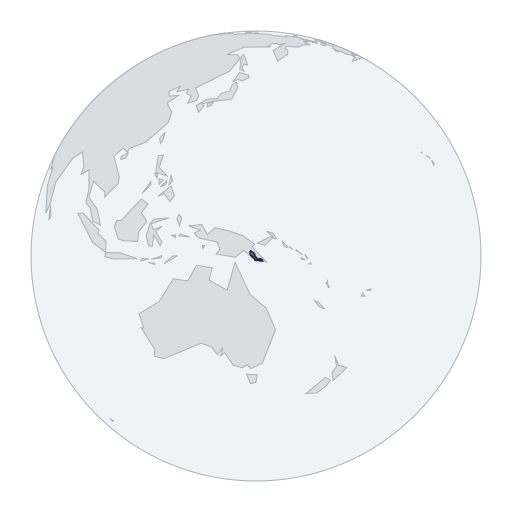 Central on an orthographic globe
{"feature_id": "PNG-1249", "entity_name": "Central", "entity_type": "Province", "adm_level": 1, "iso_a3": "PNG", "parent_name": "Papua New Guinea", "parent_adm1": "", "projection": "orthographic", "projection_center": [147.941, -9.068], "detail": "fine", "context": "on_globe", "style": "filled", "palette": "slate", "viewbox_px": 512, "rotation_deg": 0, "n_neighbors": 0, "source": "natural_earth", "source_scale": "10m", "svg_char_len": 7814}
<svg xmlns="http://www.w3.org/2000/svg" viewBox="0 0 512 512"><circle cx="256" cy="256" r="225" fill="#eef3f6" stroke="#a8b0b8"/><path d="M370.9,288.7L370.9,290.4L370.6,290.5L370.9,288.7ZM367.8,60.4L355.3,54.3L356.4,56.0L351.1,52.7L357.4,59.8L352.3,61.1L354.2,57.1L351.3,55.0L345.8,54.1L341.7,51.8L336.7,50.4L332.3,48.0L333.7,46.6L330.9,45.3L327.2,44.9L320.4,42.8L326.3,43.4L315.0,40.0L315.3,38.8L321.9,40.6L337.7,46.1L353.0,52.7L367.8,60.4ZM433.4,165.3L431.6,160.4L434.6,163.6L433.4,165.3ZM429.2,157.4L430.1,159.1L429.1,157.7L429.2,157.4ZM427.6,156.4L428.8,157.2L427.6,156.8L427.6,156.4ZM425.6,155.7L426.6,155.9L426.6,156.0L425.6,155.7ZM422.1,153.1L421.1,152.3L421.9,152.0L422.1,153.1ZM358.1,58.2L360.5,58.6L359.5,59.1L358.1,58.2ZM336.8,50.6L337.4,51.4L334.6,50.4L336.8,50.6ZM325.2,45.9L320.4,44.5L325.5,45.7L325.2,45.9ZM317.8,43.5L306.2,40.6L306.6,41.7L298.9,37.6L311.3,41.0L317.6,42.1L315.6,42.3L317.8,43.5ZM296.6,36.1L294.0,35.5L297.0,35.9L296.6,36.1ZM223.0,33.2L225.4,33.1L217.7,34.4L233.2,33.2L234.8,34.7L237.0,34.0L246.0,33.9L245.6,33.3L247.4,33.0L270.2,34.4L273.8,35.6L286.2,36.7L287.4,36.6L285.4,35.7L298.9,37.6L306.6,41.7L303.5,41.8L310.4,44.9L302.5,45.0L299.1,47.1L286.4,46.4L284.8,48.7L287.7,49.8L287.8,54.3L277.8,61.0L273.1,50.6L285.5,42.9L279.4,45.2L277.0,43.5L272.4,43.8L268.4,46.0L270.3,47.0L244.4,47.1L227.1,54.4L237.6,55.0L240.2,58.5L229.7,71.0L195.6,88.1L198.8,95.8L196.4,100.6L188.0,103.1L191.2,96.0L186.1,93.0L189.2,89.1L176.7,91.7L180.6,86.2L169.0,91.5L169.2,96.1L178.8,95.3L167.0,103.2L171.9,112.0L168.2,122.7L145.8,142.1L129.3,148.5L127.4,152.3L123.1,148.2L114.0,156.0L119.3,177.4L117.9,183.9L104.7,197.0L105.0,192.0L93.5,181.2L88.9,197.2L97.5,209.6L100.4,225.3L92.6,220.9L90.0,207.3L86.0,203.0L88.9,189.1L89.0,169.7L81.4,174.4L83.7,166.5L82.7,151.9L72.7,158.4L55.7,182.1L50.4,203.0L45.8,213.4L47.4,185.5L53.0,166.6L50.5,169.5L54.7,155.8L53.5,157.3L61.4,142.5L70.4,128.3L80.5,114.8L91.5,102.1L103.4,90.3L116.2,79.4L129.8,69.4L144.0,60.5L158.9,52.7L174.3,46.0L190.2,40.5L206.5,36.2L223.0,33.2ZM109.8,418.5L113.7,420.8L113.1,421.6L109.8,418.5ZM148.4,262.3L154.7,263.4L154.6,264.5L148.4,262.3ZM141.7,258.6L148.7,258.9L140.7,260.9L141.7,258.6ZM151.4,259.1L158.5,257.1L161.6,255.5L161.2,257.7L151.4,259.1ZM137.1,258.7L113.5,259.0L104.7,256.6L106.4,252.6L120.7,252.9L137.1,258.7ZM105.7,252.5L92.7,242.5L77.7,213.3L83.0,213.1L99.2,230.1L98.1,233.4L106.0,241.5L105.7,252.5ZM138.7,231.5L137.6,241.5L124.2,240.8L118.4,239.3L114.3,226.8L116.5,220.4L121.2,220.4L141.5,198.9L148.1,204.0L141.4,212.9L147.0,221.4L138.7,231.5ZM50.5,204.8L51.0,216.7L48.9,219.4L50.5,204.8ZM151.2,184.5L142.0,193.4L150.9,181.5L151.2,184.5ZM157.3,173.5L157.1,178.0L154.4,173.6L157.3,173.5ZM125.8,158.1L120.7,159.3L121.3,156.3L128.2,153.1L125.8,158.1ZM165.3,132.2L162.5,140.6L160.5,143.5L159.6,138.3L165.3,132.2ZM325.6,377.4L330.5,380.5L325.0,386.9L316.4,393.0L306.1,393.4L325.6,377.4ZM250.6,383.6L246.5,374.2L257.0,374.7L255.9,382.4L250.6,383.6ZM331.9,372.9L336.6,365.9L334.7,355.3L338.6,365.4L346.7,367.8L333.2,380.4L331.9,372.9ZM201.1,343.2L164.0,358.6L154.7,356.4L154.6,349.1L141.1,327.7L143.9,328.1L139.0,313.9L159.4,301.2L173.3,278.8L187.6,280.9L196.6,265.4L212.2,267.7L209.1,280.1L227.1,290.2L235.1,262.4L250.2,294.7L266.1,308.0L275.5,329.7L262.4,363.0L251.0,368.5L247.0,364.7L242.7,367.8L233.4,365.3L224.6,352.8L220.5,356.0L222.7,347.5L217.7,354.8L211.2,346.9L201.1,343.2ZM314.6,300.4L318.0,302.0L324.5,308.9L319.1,306.7L314.6,300.4ZM362.6,293.0L365.0,296.3L361.2,296.0L362.6,293.0ZM370.6,290.5L366.1,290.4L370.9,288.7L370.6,290.5ZM327.5,284.7L329.5,287.0L328.3,287.5L327.5,284.7ZM326.1,283.7L327.5,280.9L327.8,284.1L326.1,283.7ZM308.6,263.9L310.3,262.6L311.2,264.0L308.6,263.9ZM164.1,263.7L172.5,256.1L177.6,255.6L164.1,263.7ZM305.6,260.0L301.0,259.0L301.3,257.4L305.6,260.0ZM305.5,256.3L304.8,253.9L308.2,259.8L305.5,256.3ZM296.4,249.7L302.2,254.7L295.8,250.1L296.4,249.7ZM293.3,249.7L289.3,247.3L289.5,246.7L293.3,249.7ZM252.2,246.8L266.6,262.0L255.9,260.2L243.5,250.4L235.4,257.2L216.1,254.0L220.0,249.6L217.0,242.1L198.0,237.7L194.2,232.8L200.6,230.2L188.6,225.8L201.7,224.6L207.4,234.5L215.0,227.7L228.8,230.9L242.8,235.6L254.9,244.3L252.2,246.8ZM202.5,245.5L204.8,245.7L202.9,248.5L202.5,245.5ZM281.7,240.8L287.5,246.4L286.9,247.5L284.2,246.3L281.7,240.8ZM257.5,243.0L270.1,236.8L273.2,237.4L265.0,245.2L257.5,243.0ZM266.7,231.2L272.9,233.2L276.3,238.2L275.1,239.2L266.7,231.2ZM175.6,235.0L175.2,237.6L171.9,235.4L175.6,235.0ZM179.8,233.7L189.9,237.1L178.9,235.9L179.8,233.7ZM151.1,223.7L153.7,229.8L162.2,226.1L155.8,231.6L161.9,242.0L160.1,245.9L153.9,234.6L152.4,246.1L148.7,245.8L146.3,235.9L149.8,224.1L153.6,219.3L169.1,217.7L151.1,223.7ZM179.5,226.1L177.0,218.8L179.0,214.2L181.7,218.1L179.5,226.1ZM170.0,201.7L164.0,193.6L157.9,196.5L170.9,186.0L174.4,195.4L170.0,201.7ZM166.0,184.4L160.2,186.9L166.6,180.8L166.0,184.4ZM159.1,184.3L159.2,178.9L163.4,179.8L159.1,184.3ZM168.9,184.7L171.1,175.7L172.6,181.1L168.9,184.7ZM159.2,167.3L167.0,176.0L155.6,172.1L158.3,155.5L163.4,155.1L159.2,167.3ZM207.2,106.9L207.6,103.0L213.1,102.5L211.2,105.3L207.2,106.9ZM231.4,99.2L214.7,101.2L201.5,103.8L204.2,105.8L198.7,112.3L196.1,105.7L207.5,99.1L217.1,98.5L221.1,93.5L229.8,90.8L232.0,84.6L236.7,82.5L237.6,88.1L231.4,99.2ZM232.6,82.1L239.6,72.5L248.6,75.0L249.1,77.7L242.1,80.9L237.7,79.3L232.6,82.1ZM243.9,71.1L239.8,69.6L241.3,56.5L243.9,54.6L247.5,64.9L243.8,64.3L241.8,67.3L243.9,71.1ZM293.3,35.7L293.9,35.5L295.3,36.0L293.3,35.7ZM246.9,32.8L249.6,32.5L251.1,32.8L246.9,32.8ZM257.7,32.1L254.2,31.9L258.8,31.9L257.7,32.1ZM246.1,31.7L253.2,31.7L245.1,32.0L246.1,31.7Z" fill="#d9dde1" stroke="#a8b0b8" stroke-width="1"/><path d="M262.7,261.0L262.4,261.0L262.2,261.1L261.9,261.0L261.7,260.9L261.4,260.9L261.2,260.8L260.8,260.7L260.7,260.6L260.4,260.6L260.2,260.6L260.0,260.8L259.9,260.8L259.9,260.7L259.6,260.6L259.3,260.6L259.2,260.6L259.1,260.4L259.2,260.2L259.1,260.3L259.0,260.2L258.9,260.2L258.8,260.3L258.7,260.3L258.4,260.4L258.2,260.4L257.9,260.4L257.8,260.5L257.5,260.4L257.5,260.2L257.4,260.2L257.2,260.2L256.9,260.1L256.8,259.9L256.8,260.1L256.6,260.2L256.4,260.2L256.2,260.2L256.2,260.3L256.0,260.2L255.9,260.0L255.7,260.0L255.8,259.9L255.7,259.8L255.6,260.0L255.6,259.9L255.4,259.9L255.2,260.1L255.1,259.7L254.9,259.7L254.7,259.6L254.6,259.4L254.4,259.2L254.3,258.9L253.9,258.3L253.8,258.2L253.7,258.1L253.6,257.9L253.5,257.6L253.4,257.5L253.4,257.4L253.2,257.3L253.1,257.2L252.8,257.3L252.7,257.4L252.6,257.5L252.5,257.4L252.4,257.3L252.4,257.2L252.3,256.9L252.2,256.8L251.9,256.8L252.0,256.8L252.0,256.7L251.9,256.6L252.0,256.4L251.9,256.3L251.9,256.2L252.0,256.2L252.3,256.0L252.3,255.9L252.2,255.9L252.2,256.0L251.9,256.2L251.7,256.1L251.4,256.0L251.2,255.9L250.9,255.8L250.7,255.7L250.6,255.4L250.6,255.2L250.8,255.1L250.7,255.0L250.7,254.9L250.5,254.7L250.4,254.6L250.2,254.4L250.1,254.2L250.0,251.8L250.0,251.6L250.3,251.4L250.5,251.1L250.9,250.9L251.2,251.1L251.3,251.3L251.3,251.5L251.5,251.7L251.6,251.8L251.7,251.7L251.8,251.7L252.0,251.8L252.3,251.8L253.5,252.9L253.9,253.1L254.2,253.3L254.3,253.4L254.5,253.6L254.7,253.8L254.7,254.0L254.3,254.8L254.3,255.0L254.4,255.3L254.5,255.4L254.5,255.5L254.8,255.7L254.9,255.9L255.0,255.9L255.0,256.0L255.2,256.3L255.3,256.4L255.5,256.3L255.7,256.7L255.8,256.8L256.0,256.9L256.3,257.4L256.4,257.5L256.3,257.8L256.4,258.0L256.5,258.1L256.8,258.2L256.9,258.3L257.2,258.5L257.4,258.7L257.5,258.7L258.0,258.9L258.2,259.0L258.3,259.1L258.5,259.2L258.7,259.3L258.8,259.3L258.9,259.2L258.9,259.3L259.0,259.4L259.3,259.5L259.5,259.5L259.6,259.4L259.9,259.4L260.0,259.4L260.0,259.2L259.9,259.0L259.9,258.9L260.0,258.8L260.4,258.8L260.6,258.8L260.9,258.9L261.1,259.0L261.3,259.2L261.3,259.3L261.6,259.4L261.7,259.5L261.9,259.6L262.1,259.7L262.2,259.8L262.3,259.9L262.5,260.0L262.7,261.0L262.7,261.0Z" fill="#64748b" stroke="#1e293b" stroke-width="1.5"/></svg>